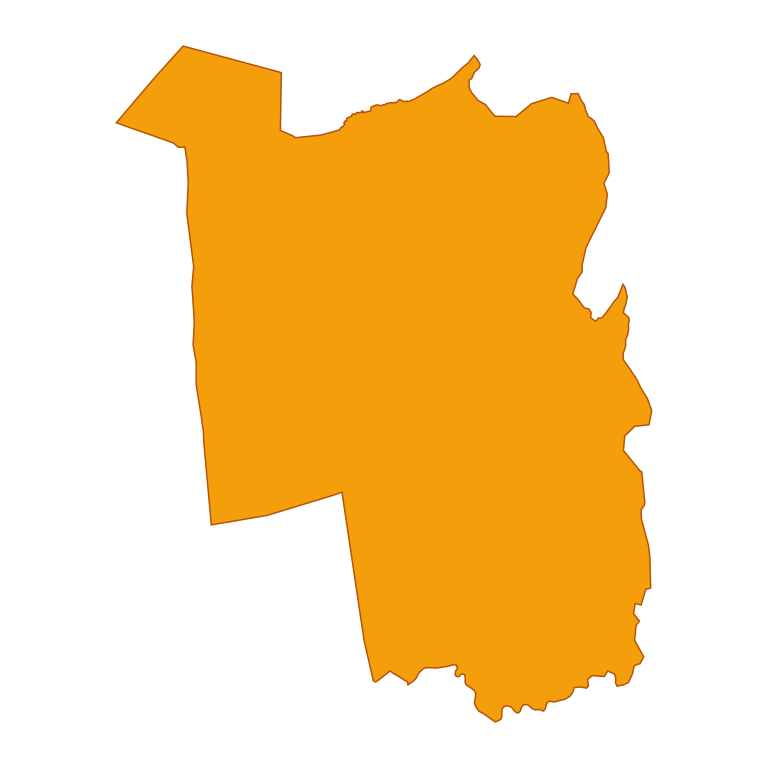 Safana, Katsina, Nigeria
{"feature_id": "59680162B21692666530817", "entity_name": "Safana", "entity_type": "district", "adm_level": 2, "iso_a3": "NGA", "parent_name": "Nigeria", "parent_adm1": "Katsina", "projection": "equal_earth", "projection_center": [7.279, 12.516], "detail": "fine", "context": "isolated", "style": "filled", "palette": "amber", "viewbox_px": 768, "rotation_deg": 0, "n_neighbors": 0, "source": "geoboundaries", "source_scale": "gbopen_adm2", "svg_char_len": 3946}
<svg xmlns="http://www.w3.org/2000/svg" viewBox="0 0 768 768"><path d="M543.5,710.9L545.3,708.7L546.0,706.0L546.6,703.6L548.8,701.3L551.8,701.5L554.6,702.0L558.4,700.8L564.7,699.3L569.9,696.4L572.9,692.0L574.1,687.6L580.0,687.0L586.5,688.1L588.5,686.1L587.6,679.5L592.2,675.6L604.4,676.5L607.7,671.0L614.4,674.0L615.7,678.0L615.6,683.1L617.1,686.1L623.2,685.0L628.5,682.5L632.5,673.6L634.2,665.8L636.3,664.8L640.2,663.6L643.7,656.8L634.5,640.0L635.5,632.5L635.5,629.2L636.4,625.0L639.4,621.1L633.6,613.6L635.1,603.5L641.1,605.0L645.8,589.4L650.7,588.0L649.9,558.0L648.5,545.3L641.4,519.1L641.1,509.9L644.3,505.3L644.8,502.2L641.7,471.8L639.9,471.0L639.9,470.8L623.4,450.4L624.8,435.9L634.0,427.0L634.3,426.4L649.0,424.7L651.7,410.5L647.3,398.3L641.2,388.6L636.8,379.4L629.8,368.9L623.3,359.7L623.1,353.7L624.6,349.4L625.8,344.5L625.6,340.3L626.4,337.5L627.8,334.5L628.7,328.6L628.4,324.6L629.1,321.0L629.0,317.8L627.1,316.1L624.9,313.9L623.4,313.1L624.1,308.9L625.6,305.0L626.3,301.6L626.6,299.6L627.3,297.9L627.1,295.7L626.3,293.5L625.9,290.8L625.0,287.3L623.0,284.3L617.8,297.3L617.2,298.1L616.5,299.0L614.1,301.3L611.2,305.8L608.7,309.1L605.6,313.6L604.0,315.1L602.6,317.2L600.7,318.1L598.5,318.0L597.2,319.6L595.6,321.4L590.7,317.6L591.1,312.4L588.8,308.8L584.4,308.0L577.2,298.4L572.7,294.2L575.1,286.6L577.5,278.3L582.2,272.0L582.2,264.6L586.1,247.4L605.8,207.6L607.3,194.0L603.9,183.3L609.1,173.1L608.8,163.8L608.1,153.6L606.3,151.3L603.3,137.5L597.7,128.4L594.2,121.0L592.1,119.2L587.9,116.3L587.5,114.3L586.6,112.9L586.3,111.2L585.0,109.0L585.2,107.6L584.6,106.0L583.9,103.9L583.0,103.5L582.8,102.5L581.5,100.9L578.1,93.6L571.0,93.9L568.4,103.2L551.8,97.4L531.7,103.6L516.1,116.5L495.4,116.3L492.5,113.4L485.2,104.4L478.2,100.5L471.8,92.9L469.3,88.1L469.1,84.1L469.0,80.2L471.6,78.7L474.3,72.4L479.1,67.8L480.2,64.6L477.4,59.4L474.1,55.5L468.6,62.5L462.4,67.6L451.5,78.2L443.5,83.2L439.0,85.0L432.1,88.3L428.1,91.2L414.7,98.9L407.8,101.8L407.0,101.0L405.5,101.5L404.0,101.5L402.4,101.0L401.2,100.2L400.2,99.9L399.3,99.6L398.4,100.5L397.1,101.8L396.2,102.7L395.2,102.4L393.8,102.8L392.0,102.7L390.3,102.7L387.9,103.4L386.1,103.7L384.9,104.9L383.5,104.8L383.4,104.8L382.3,105.0L381.0,105.8L378.8,105.1L376.6,104.9L374.4,105.7L372.5,106.3L371.1,107.3L370.9,109.5L370.5,111.0L368.3,111.3L365.8,112.0L363.9,112.6L363.0,111.2L362.2,110.9L362.3,112.2L361.4,112.4L360.4,112.1L359.4,113.0L358.2,112.5L356.8,112.4L356.1,113.4L355.0,114.4L353.5,113.8L352.0,114.5L351.5,116.2L350.8,116.5L348.5,117.5L346.8,118.3L346.6,119.9L346.6,121.0L345.1,121.0L344.5,122.2L343.9,123.3L344.7,124.2L343.7,125.6L343.0,126.7L341.7,126.9L340.7,127.9L339.8,129.8L321.3,135.0L295.6,137.7L292.0,135.4L280.4,130.5L281.3,72.6L183.1,46.1L154.3,78.1L116.3,122.8L130.3,127.8L150.4,134.8L154.9,136.3L155.0,136.4L155.2,136.5L155.4,136.6L173.2,142.9L178.5,147.3L184.9,147.1L186.3,156.4L187.1,161.8L188.2,182.3L188.0,188.4L186.8,212.4L187.1,215.6L188.5,226.6L193.7,266.6L191.9,286.4L193.3,305.4L194.3,322.5L193.1,344.9L196.2,362.6L196.2,384.2L196.7,387.8L198.6,400.0L201.2,416.3L202.5,426.0L203.3,430.3L203.9,443.3L211.3,524.9L267.0,515.4L334.6,494.8L342.0,492.2L364.2,641.0L372.8,678.4L373.1,680.7L375.6,682.0L378.5,680.1L390.0,671.0L394.9,674.4L398.7,676.4L407.5,682.1L408.0,684.8L413.6,681.0L416.2,678.1L419.2,672.4L423.8,668.3L427.1,667.6L436.6,668.0L447.7,666.3L453.4,664.8L456.3,665.0L457.5,667.8L455.7,671.1L455.0,674.0L455.9,676.1L457.7,676.7L459.3,676.5L460.9,674.5L462.6,673.8L464.6,674.8L465.3,678.4L465.1,681.9L465.9,684.6L474.1,690.2L475.9,693.7L474.4,703.0L475.9,706.7L478.6,711.0L484.6,714.3L490.7,718.7L495.1,721.9L498.3,720.7L500.9,719.1L501.9,716.7L501.8,712.7L502.1,709.0L504.0,706.7L506.5,705.9L508.3,705.9L511.2,707.1L513.7,709.9L515.2,711.9L518.0,713.2L520.2,711.1L521.7,706.9L523.8,704.7L526.8,704.5L529.2,705.8L532.1,708.6L535.3,710.0L537.6,709.5L539.2,709.8L540.8,709.6L542.1,710.8L543.5,710.9Z" fill="#f59e0b" stroke="#b45309" stroke-width="1.5"/></svg>